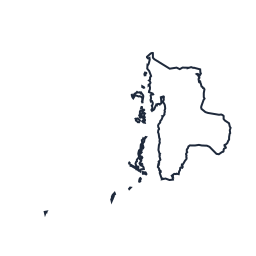 Muleba, Kagera, United Republic of Tanzania, rotated 167°
{"feature_id": "72390352B90711717616381", "entity_name": "Muleba", "entity_type": "district", "adm_level": 2, "iso_a3": "TZA", "parent_name": "United Republic of Tanzania", "parent_adm1": "Kagera", "projection": "orthographic", "projection_center": [31.752, -1.923], "detail": "fine", "context": "isolated", "style": "outline", "palette": "slate", "viewbox_px": 256, "rotation_deg": 167, "n_neighbors": 0, "source": "geoboundaries", "source_scale": "gbopen_adm2", "svg_char_len": 5765}
<svg xmlns="http://www.w3.org/2000/svg" viewBox="0 0 256 256"><g transform="rotate(167 128 128)"><path d="M94.8,185.2L95.9,181.5L94.5,178.6L93.8,173.4L95.1,172.4L95.6,170.3L96.8,169.6L96.2,169.1L95.9,167.1L96.5,166.2L98.2,165.5L98.3,165.1L97.8,165.4L97.4,164.5L97.5,162.2L98.1,160.5L99.0,159.5L99.5,158.3L96.2,156.0L95.9,155.1L96.3,155.0L97.5,155.5L98.6,154.7L98.8,151.8L99.7,150.4L99.8,149.3L99.7,148.8L99.0,149.3L98.6,148.9L98.2,146.8L98.8,145.2L99.8,144.4L99.6,142.7L100.0,141.4L101.0,140.6L101.1,139.9L100.8,139.3L99.9,140.0L99.3,139.7L98.2,140.4L96.1,143.4L95.6,143.8L94.9,143.6L95.0,144.6L93.0,144.7L91.9,143.8L91.6,144.3L90.5,144.3L90.0,144.7L89.5,146.8L89.1,150.6L88.4,150.7L88.0,150.1L86.6,150.9L86.1,150.6L86.0,150.1L86.6,149.3L86.6,148.1L87.3,146.6L88.5,145.6L87.4,144.0L87.0,142.0L87.2,139.9L87.4,138.5L88.5,136.7L88.4,135.5L89.2,134.3L89.4,133.0L91.0,131.7L91.9,131.8L91.7,131.1L93.4,128.7L95.1,127.4L95.4,126.1L97.3,124.8L98.1,123.7L98.3,122.0L97.9,120.8L98.0,119.9L99.0,119.0L99.7,117.0L99.4,115.6L99.8,111.3L99.5,110.1L100.3,108.0L100.3,106.5L101.7,104.4L103.3,99.7L103.1,96.5L102.6,95.7L103.2,95.3L103.2,94.1L103.7,93.6L103.6,89.8L105.7,88.3L105.4,87.5L105.9,87.0L105.8,86.2L106.6,85.9L106.4,85.2L106.9,84.9L106.8,84.5L107.4,84.1L107.7,83.2L106.8,81.6L107.1,80.0L106.8,79.4L106.7,79.7L106.1,79.3L105.8,78.6L106.1,77.7L106.9,77.8L107.2,77.0L106.6,71.5L106.5,71.0L106.2,71.0L106.5,70.4L102.8,70.3L99.3,68.0L95.8,67.6L95.7,69.5L96.1,69.5L95.6,69.7L95.7,70.1L95.4,70.0L95.6,70.9L95.0,71.1L94.9,71.8L95.3,72.0L93.3,72.9L91.6,72.3L91.1,72.6L89.0,71.6L87.9,74.3L87.0,75.0L86.0,77.5L85.4,77.7L84.2,77.0L83.6,77.5L83.4,78.4L84.0,79.4L83.7,80.3L83.0,80.1L82.1,80.8L80.0,83.1L77.9,84.8L77.6,85.9L77.8,86.6L77.1,88.2L77.4,88.9L77.1,90.0L75.7,91.2L76.0,92.1L75.5,93.8L74.0,95.1L73.3,96.4L71.6,97.1L66.7,95.9L62.7,95.6L60.1,94.4L55.1,93.0L52.8,91.3L47.6,82.9L45.4,82.0L41.9,83.4L40.5,83.5L40.0,84.1L39.9,85.0L39.1,86.2L37.1,86.8L37.2,87.6L38.0,89.0L37.7,89.8L36.5,89.9L34.5,91.1L33.4,92.8L32.1,94.0L31.5,96.5L30.2,99.6L29.6,100.0L29.3,103.0L28.0,105.1L28.5,106.4L28.5,109.9L32.0,113.6L32.8,115.4L32.1,118.1L32.9,119.3L34.2,120.2L36.3,120.4L46.7,124.7L49.0,126.1L52.1,130.1L52.1,131.7L51.6,132.8L48.0,138.4L46.8,139.4L47.2,141.1L46.3,145.0L44.8,148.5L45.2,149.7L45.9,150.0L46.2,151.2L47.0,151.9L47.1,155.1L47.3,155.9L48.3,156.5L48.5,157.1L48.4,157.4L47.5,157.6L48.4,159.0L48.0,160.3L47.2,160.7L47.0,161.7L47.5,162.0L47.8,163.6L49.0,165.1L48.5,165.2L46.9,164.3L46.4,163.6L45.8,163.5L44.7,164.8L45.0,165.8L44.5,168.9L50.2,171.9L50.9,171.9L52.8,173.1L56.4,172.9L56.3,173.3L61.3,174.6L64.3,173.7L67.1,175.9L74.0,176.4L86.9,189.1L87.9,190.9L86.9,195.4L87.6,195.7L89.1,195.5L93.5,193.1L93.6,192.5L92.7,191.2L91.3,191.5L91.4,189.8L93.4,185.9L94.4,184.9L94.8,185.2ZM126.6,84.4L125.8,82.8L125.5,83.1L125.4,84.1L124.5,84.8L121.8,84.4L121.7,86.2L122.3,87.6L123.6,88.4L124.2,89.2L122.3,89.7L122.4,90.0L124.4,90.5L124.7,91.1L122.4,93.1L122.3,93.6L123.4,94.7L123.3,95.3L122.6,95.7L121.3,95.3L120.7,95.9L121.0,97.0L122.6,97.9L122.5,99.2L122.8,99.9L121.8,101.5L121.5,101.5L121.4,100.8L121.1,100.5L120.1,101.3L120.9,102.6L119.8,103.3L121.0,104.3L122.3,103.7L123.2,102.0L123.8,100.5L123.7,97.8L124.1,96.9L126.4,95.2L126.7,94.7L126.8,93.5L127.8,93.1L128.7,91.6L128.4,88.7L126.7,88.0L127.1,85.8L127.8,85.2L127.7,84.7L127.3,84.1L126.6,84.4ZM109.8,156.4L108.2,155.6L107.3,154.0L107.9,151.7L108.5,150.7L108.2,148.9L107.9,150.8L106.0,155.2L105.9,156.4L107.3,159.6L107.9,159.0L108.7,160.2L110.5,160.3L111.1,161.1L112.4,160.2L113.9,159.9L115.5,158.2L116.2,158.3L116.9,158.9L117.0,158.7L116.7,156.7L116.2,155.7L114.1,157.8L113.0,158.0L110.5,156.3L109.8,156.4ZM119.3,108.8L120.3,105.7L118.6,104.8L118.0,104.7L117.3,105.5L117.3,106.7L118.3,106.4L118.6,107.3L117.4,108.0L117.4,108.8L116.9,109.8L115.4,111.0L115.0,112.0L114.5,113.2L115.5,114.5L116.1,113.6L117.3,113.0L117.5,110.0L118.4,109.7L119.3,108.8ZM117.5,132.4L117.2,131.5L115.9,131.1L114.7,132.7L116.4,135.1L117.3,134.9L118.1,135.4L118.6,135.3L118.4,134.5L118.6,133.5L117.5,132.4ZM160.4,62.2L160.4,60.3L157.2,64.7L157.1,65.7L155.5,66.5L155.7,67.8L157.9,66.3L159.1,64.8L159.5,63.3L158.5,63.9L158.9,62.4L160.4,62.2ZM112.6,139.4L112.8,138.8L112.3,137.9L110.6,139.5L110.4,140.8L111.1,142.1L111.8,142.3L112.7,141.3L113.1,139.7L112.6,139.4ZM111.6,134.8L109.3,134.9L109.5,136.1L110.2,135.9L111.6,136.1L112.2,137.5L113.0,137.5L114.1,136.2L114.1,135.7L113.6,135.3L112.8,135.7L111.6,134.8ZM128.5,85.6L128.0,85.9L127.9,86.6L129.4,87.1L129.8,88.3L131.6,89.8L132.5,90.2L132.2,89.3L129.4,86.7L129.2,85.8L128.5,85.6ZM120.8,78.7L120.4,79.0L120.8,80.7L121.4,81.1L122.3,80.8L123.4,81.9L123.7,81.7L123.8,80.1L121.8,79.6L120.8,78.7ZM128.7,73.0L127.9,73.5L128.0,74.7L126.9,75.5L127.2,76.4L127.8,76.2L128.7,74.7L129.2,73.3L128.7,73.0ZM111.7,129.9L110.5,129.4L110.6,130.4L112.0,131.8L112.6,131.4L111.7,129.9ZM98.9,178.2L99.9,176.9L99.9,175.6L99.2,175.5L99.0,176.9L98.1,177.0L97.8,177.4L97.9,177.7L98.9,178.2ZM109.9,142.2L109.9,140.6L109.4,141.4L109.0,141.3L107.6,142.4L108.5,142.2L109.4,142.5L109.9,142.2ZM110.7,131.4L109.8,131.5L109.6,132.1L110.0,133.5L110.8,133.4L110.7,131.4ZM228.0,65.0L228.0,63.1L227.2,64.3L226.5,64.1L226.4,64.4L226.6,64.5L226.2,64.9L228.0,65.0ZM103.6,163.6L103.2,163.7L103.3,164.2L104.7,165.5L104.9,164.7L103.6,163.6ZM109.2,137.5L108.2,138.3L108.7,138.9L109.1,138.8L109.2,138.1L109.2,137.5ZM139.3,69.5L140.6,68.5L140.5,68.2L138.8,69.3L139.3,69.5ZM109.7,146.1L111.3,143.6L110.6,144.7L109.8,144.6L109.7,146.1ZM113.6,138.5L114.2,137.7L113.8,137.3L112.9,138.0L113.6,138.5ZM112.8,115.3L113.9,114.4L113.8,114.0L112.4,115.1L112.8,115.3ZM133.5,91.5L134.0,90.6L133.7,90.4L133.1,91.2L133.5,91.5ZM116.9,160.5L116.6,159.0L116.9,160.5ZM134.8,93.2L134.3,93.7L134.5,94.0L134.9,93.6L134.8,93.2Z" fill="none" stroke="#1e293b" stroke-width="2"/></g></svg>